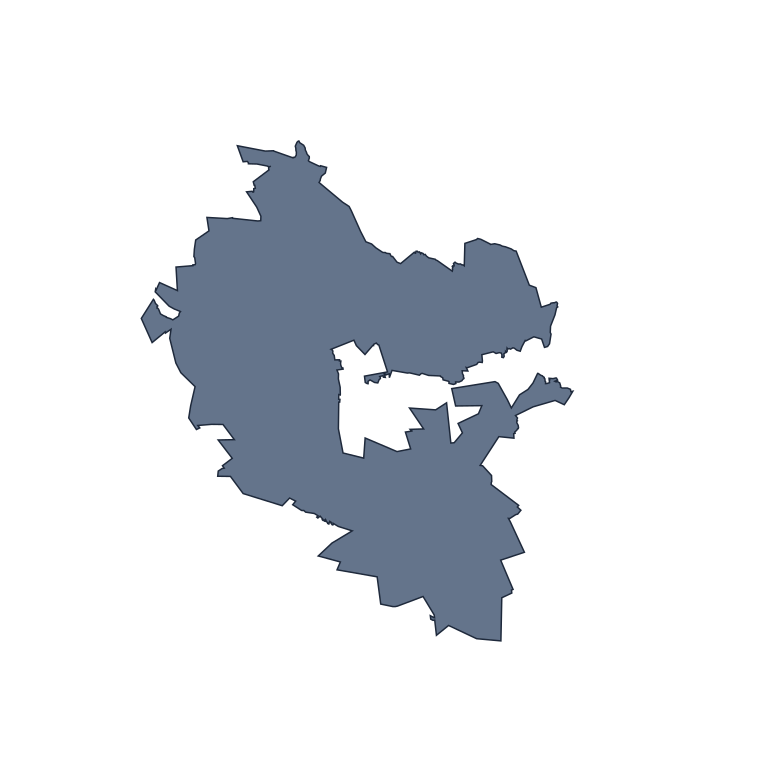 Rioverde, San Luis Potosí, Mexico, rotated 148°
{"feature_id": "50627088B85408254455405", "entity_name": "Rioverde", "entity_type": "district", "adm_level": 2, "iso_a3": "MEX", "parent_name": "Mexico", "parent_adm1": "San Luis Potosí", "projection": "robinson", "projection_center": [-100.13, 21.98], "detail": "fine", "context": "isolated", "style": "filled", "palette": "slate", "viewbox_px": 768, "rotation_deg": 148, "n_neighbors": 0, "source": "geoboundaries", "source_scale": "gbopen_adm2", "svg_char_len": 6171}
<svg xmlns="http://www.w3.org/2000/svg" viewBox="0 0 768 768"><g transform="rotate(148 384 384)"><path d="M382.1,663.8L385.7,647.1L382.0,645.2L381.7,643.6L382.3,642.6L375.2,637.9L367.6,630.8L366.3,629.0L364.5,628.7L367.0,629.0L368.1,627.0L368.0,626.7L367.4,626.6L387.7,624.8L388.8,621.3L388.3,621.0L389.4,618.2L390.9,618.7L392.7,616.0L393.5,616.1L393.7,617.3L398.7,619.8L398.2,601.4L399.5,591.5L402.0,587.8L404.6,589.1L424.5,604.7L424.3,605.3L429.2,607.3L445.9,619.1L451.3,606.6L467.4,605.9L473.4,598.8L477.7,592.8L477.6,591.4L480.0,586.0L480.9,585.3L483.0,586.3L483.3,585.6L498.4,593.4L509.7,572.7L520.6,589.0L527.2,584.6L527.2,585.6L529.2,583.4L525.0,563.9L522.1,558.7L518.2,553.3L520.0,552.6L522.2,550.4L529.1,550.3L530.4,552.5L533.3,555.9L533.0,556.3L534.9,559.0L536.4,561.9L535.5,566.9L535.8,568.7L536.1,568.7L535.5,569.9L534.6,570.0L534.4,570.3L535.1,573.4L534.5,576.9L534.7,578.0L555.1,568.2L558.7,542.0L541.9,544.2L542.3,543.0L535.6,543.3L541.5,536.3L549.4,512.1L550.3,501.2L545.6,481.9L559.4,468.1L567.6,458.7L567.2,444.8L563.5,444.4L563.9,447.5L551.5,441.1L542.0,435.0L540.4,416.1L554.3,424.4L552.1,401.4L564.3,400.3L564.1,397.3L566.2,398.1L570.7,398.0L573.9,393.9L563.2,387.0L561.5,365.7L534.8,334.7L524.5,337.3L521.0,331.5L525.4,330.0L520.9,320.4L519.0,319.2L518.4,316.9L511.7,311.1L509.8,307.3L511.6,306.7L511.1,305.4L508.2,305.8L507.6,302.0L508.1,301.8L507.7,301.0L508.1,300.9L507.9,300.4L507.2,300.4L506.8,299.6L506.0,300.1L505.7,299.9L506.9,299.0L506.6,298.7L505.5,299.7L505.7,297.6L505.3,296.3L505.7,295.6L505.0,294.5L502.8,296.3L502.1,294.7L502.6,294.7L502.7,294.1L502.5,291.9L501.7,291.6L500.9,292.7L498.3,287.5L488.8,276.3L512.4,276.7L530.9,273.0L515.3,256.2L522.3,251.3L492.0,224.1L503.4,199.1L494.4,190.5L492.5,189.3L490.3,188.5L463.5,183.1L463.8,161.6L464.9,159.2L465.2,159.7L465.5,159.5L467.5,163.0L469.0,159.8L467.7,157.6L466.1,156.9L472.7,143.1L457.2,145.0L440.4,118.9L421.0,104.2L397.4,140.3L386.4,139.0L385.1,141.7L383.4,141.4L378.4,172.8L354.1,166.9L349.9,200.1L349.7,204.1L348.6,203.3L341.4,203.4L339.6,202.8L334.8,204.4L336.1,209.0L334.1,209.7L346.4,241.9L345.3,243.5L344.3,244.2L341.3,249.4L343.7,262.4L345.6,264.0L314.5,278.5L302.5,269.2L300.3,273.2L299.0,272.7L298.5,274.0L296.0,274.4L294.3,275.3L293.9,275.0L293.1,275.6L292.1,277.9L291.9,280.8L291.2,281.9L290.4,282.1L290.6,282.8L290.3,283.2L288.8,284.4L289.2,287.6L269.6,285.6L247.6,279.4L242.1,270.9L234.6,274.2L227.7,277.8L229.6,278.5L228.7,280.7L230.7,283.5L235.0,286.1L236.0,287.8L235.3,288.5L234.4,291.8L235.6,294.2L236.0,294.6L236.5,294.4L237.1,294.8L237.7,295.8L234.7,295.3L234.6,297.6L234.9,298.0L237.8,299.0L241.0,301.4L241.4,300.6L240.9,300.2L241.3,299.6L241.8,299.8L242.9,297.4L245.4,298.0L246.8,298.7L245.8,300.1L246.0,300.8L244.8,303.2L245.1,303.9L244.6,304.7L245.4,306.5L245.3,306.9L246.5,308.5L247.6,311.2L248.1,311.6L257.1,305.9L264.8,303.1L274.8,303.0L288.7,296.2L287.7,305.5L286.8,324.0L288.6,327.2L329.0,344.2L334.9,327.4L312.5,313.8L319.7,308.7L342.1,311.3L343.4,301.0L355.6,297.0L358.6,298.5L340.9,334.9L353.9,334.7L375.1,350.1L374.2,324.9L385.9,331.7L385.7,330.3L385.1,329.8L385.3,329.3L391.3,331.9L395.8,314.8L408.8,319.8L428.6,348.2L440.5,331.9L455.3,347.2L446.4,370.2L432.0,392.6L431.2,392.1L429.5,394.3L430.5,395.1L427.9,399.0L426.9,397.9L426.5,398.4L422.9,404.5L420.0,412.5L417.2,416.7L416.5,420.8L410.8,418.3L410.4,419.5L411.2,419.9L410.7,422.8L409.9,424.5L408.4,426.3L409.6,427.2L408.9,428.1L412.9,430.5L411.1,434.6L411.2,437.3L409.9,439.0L409.9,440.4L410.5,441.5L386.3,437.1L387.1,431.2L384.5,419.1L373.2,422.6L372.5,422.1L371.8,423.1L368.8,422.8L368.5,420.8L367.7,419.8L374.6,392.4L396.4,401.0L399.1,395.2L398.0,393.2L397.3,392.7L396.1,394.7L393.7,394.9L391.2,390.3L388.7,388.2L385.8,390.3L384.2,390.5L383.5,391.8L383.6,392.6L380.5,391.6L380.9,390.1L379.4,388.9L378.3,393.4L378.0,393.2L378.5,391.0L378.2,390.9L377.9,392.3L377.4,391.4L377.5,390.7L377.2,390.6L377.1,391.0L376.2,390.4L374.2,389.9L376.1,386.5L370.0,391.3L358.4,380.9L356.4,379.9L349.3,372.7L347.1,373.1L346.0,372.8L341.6,367.6L332.3,361.2L331.9,360.9L332.1,360.4L330.9,358.2L331.7,356.2L328.0,352.3L327.6,351.6L328.6,350.1L325.3,346.8L322.8,346.3L322.2,347.8L319.4,345.9L316.2,345.5L314.7,346.2L313.6,346.2L313.1,346.5L312.9,348.0L312.1,349.1L312.0,351.1L310.7,353.8L306.0,350.6L305.5,354.4L304.9,353.7L295.0,351.5L292.8,352.4L291.4,351.9L289.3,350.2L288.3,351.4L285.5,357.0L274.3,353.4L272.8,350.5L269.6,349.5L268.2,348.1L268.5,346.3L269.9,344.3L268.8,343.1L267.5,343.7L266.3,346.1L264.3,346.2L263.6,347.3L263.3,346.0L262.5,346.3L261.8,346.9L261.7,347.8L260.6,349.2L260.5,348.0L259.1,347.7L258.2,346.5L255.5,346.4L254.5,345.3L253.4,342.2L251.1,339.6L247.2,342.6L241.2,346.1L241.0,345.4L231.9,344.6L226.5,338.6L228.5,330.0L225.4,329.1L222.3,330.4L215.9,337.8L215.7,339.6L212.1,344.8L202.4,352.0L197.2,357.2L195.8,357.3L195.9,358.5L194.1,360.4L194.2,361.8L194.5,362.3L196.8,362.7L197.2,363.1L199.6,364.1L201.0,363.6L209.9,365.8L204.1,385.2L208.4,390.8L201.5,426.7L203.2,428.2L204.5,431.1L208.3,436.0L210.6,438.2L211.9,440.4L215.8,444.3L219.7,445.9L219.6,446.2L225.2,455.4L227.5,457.8L229.1,457.5L240.9,460.4L253.3,441.7L253.9,443.1L255.0,444.0L255.4,445.2L257.3,446.3L258.8,448.4L259.2,449.7L261.2,449.4L261.6,447.5L262.1,447.0L263.1,447.8L263.7,447.6L264.0,447.3L263.7,446.5L265.0,445.4L265.1,444.7L266.3,443.5L273.4,460.4L274.4,461.9L274.4,462.6L279.2,467.3L280.2,469.9L280.4,472.1L281.7,472.5L281.7,474.0L282.9,475.6L283.9,475.0L283.9,477.2L285.2,477.8L285.5,479.1L286.6,479.6L287.9,478.2L288.3,478.4L288.5,479.7L306.1,477.3L308.4,480.4L309.1,487.6L309.9,488.0L310.2,489.0L309.9,491.4L312.7,493.6L313.1,494.7L315.3,496.2L318.7,503.7L320.3,509.3L324.0,514.2L323.0,525.9L319.9,548.2L319.5,553.0L322.8,560.2L332.3,589.3L330.1,590.5L329.4,591.5L326.8,593.4L322.0,594.0L317.9,598.1L322.1,602.7L322.7,602.3L323.9,603.6L329.4,612.1L329.8,613.4L327.6,615.2L326.8,616.6L327.2,617.7L327.4,620.5L327.0,621.2L326.7,624.1L325.8,625.9L325.6,629.0L327.6,633.3L327.4,635.2L328.2,635.4L329.7,635.1L333.2,632.7L333.8,630.8L335.0,628.6L335.4,627.1L337.2,624.5L339.6,623.5L340.9,624.3L341.3,624.0L354.0,639.9L354.0,640.3L361.2,644.4L382.1,663.8Z" fill="#64748b" stroke="#1e293b" stroke-width="1.5"/></g></svg>